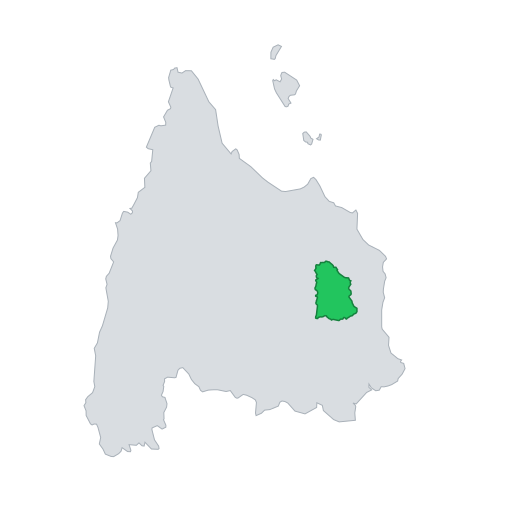 where Jaén sits in Spain, rotated 275°
{"feature_id": "ESP-5826", "entity_name": "Jaén", "entity_type": "Autonomous Community", "adm_level": 1, "iso_a3": "ESP", "parent_name": "Spain", "parent_adm1": "", "projection": "mercator", "projection_center": [-3.264, 37.956], "detail": "fine", "context": "in_parent", "style": "filled", "palette": "green", "viewbox_px": 512, "rotation_deg": 275, "n_neighbors": 0, "source": "natural_earth", "source_scale": "10m", "svg_char_len": 6246}
<svg xmlns="http://www.w3.org/2000/svg" viewBox="0 0 512 512"><g transform="rotate(275 256 256)"><path d="M276.9,113.1L276.9,114.6L279.4,117.5L287.0,119.2L288.9,120.3L288.5,124.3L286.7,127.6L288.3,129.1L290.1,129.0L292.4,126.3L292.8,128.1L296.3,129.7L303.8,132.8L309.2,133.2L314.7,139.3L323.7,138.1L331.8,143.9L339.4,142.6L341.1,143.8L352.9,143.9L353.5,139.2L354.9,137.3L375.4,143.9L377.8,147.9L377.4,149.9L378.5,154.6L381.2,154.5L386.5,151.8L393.5,155.1L395.3,158.0L396.8,158.2L402.0,155.3L416.2,158.8L416.7,156.5L417.7,155.9L423.7,153.9L426.1,153.4L433.7,154.9L434.6,157.6L436.1,158.6L436.7,160.9L432.3,162.3L431.8,166.3L434.5,169.7L434.9,175.5L427.2,182.9L405.5,195.6L398.3,203.0L382.2,206.9L365.4,212.4L355.5,222.3L358.0,223.1L361.0,226.5L360.0,228.0L355.7,230.3L351.8,230.9L344.5,243.1L334.4,255.6L330.7,261.3L322.8,275.8L322.8,279.9L326.7,294.3L328.9,298.0L332.0,301.2L337.9,303.9L339.4,306.5L337.4,309.0L331.4,313.5L321.1,319.5L316.8,324.2L315.8,328.8L312.8,330.8L311.7,337.2L307.6,346.0L307.3,348.3L310.5,351.5L307.3,353.5L291.5,354.2L281.7,361.1L276.8,367.2L272.3,378.5L266.9,385.1L264.5,386.3L260.8,383.4L256.2,383.0L251.8,383.9L249.4,386.2L245.7,387.5L242.2,386.4L234.4,385.8L231.0,385.9L225.6,387.8L221.0,386.5L213.2,385.9L196.3,387.4L194.1,388.1L186.6,395.6L178.5,395.8L171.1,398.9L166.1,406.2L165.1,410.1L163.7,409.2L162.5,409.5L161.9,412.5L156.8,414.3L151.1,411.9L146.3,408.3L143.8,408.0L139.7,402.4L138.0,398.8L136.8,394.9L136.7,392.1L133.1,390.5L132.2,387.0L134.8,382.3L138.3,379.7L135.0,379.9L132.7,382.9L129.7,378.1L117.4,368.7L118.0,365.4L116.0,367.9L114.6,368.5L108.3,368.1L101.0,369.3L98.0,353.3L99.8,347.6L107.9,336.6L113.0,335.1L115.1,329.4L110.4,329.6L103.0,318.6L104.9,308.3L112.3,300.5L113.6,297.4L113.8,294.5L112.4,292.5L108.4,291.3L104.2,283.1L103.2,278.0L99.8,275.1L97.0,270.0L99.5,269.2L110.1,269.2L112.6,267.9L114.5,264.4L116.5,258.8L117.0,255.3L112.9,250.4L112.7,249.3L113.3,247.7L119.7,242.1L118.4,238.0L119.4,229.3L118.9,224.2L118.2,220.0L116.0,214.6L117.4,212.4L120.8,210.5L123.5,206.1L127.4,202.4L132.5,199.4L138.4,192.8L137.5,189.9L135.4,188.2L128.1,186.9L127.6,185.6L127.6,178.5L125.7,175.6L123.0,175.9L119.0,174.7L118.0,175.5L112.8,175.2L109.1,173.9L107.6,175.0L107.2,177.6L101.1,180.2L97.7,180.1L92.0,177.8L85.7,178.6L84.9,178.1L79.5,181.0L77.6,181.1L75.4,177.5L78.4,172.4L75.7,167.5L74.1,167.4L64.0,170.9L58.1,175.6L55.7,176.2L54.9,175.4L54.6,168.7L60.8,161.6L56.9,161.1L57.0,159.0L59.6,155.7L57.0,153.3L57.0,146.0L51.5,148.3L50.1,148.0L50.0,145.1L53.4,139.3L49.8,138.6L47.1,136.4L43.7,131.6L43.7,129.1L45.5,123.2L50.3,120.4L55.1,116.3L61.6,117.1L71.3,113.6L74.6,111.8L74.5,109.3L73.4,107.4L74.4,105.7L82.3,100.7L87.0,100.2L91.9,97.7L95.1,99.3L98.0,98.8L101.2,100.7L105.6,105.1L111.8,106.8L116.9,105.4L142.6,105.0L149.9,102.9L155.6,105.6L166.5,106.8L173.1,109.1L191.4,112.8L198.0,112.8L211.2,109.2L214.8,110.1L220.1,108.3L222.7,108.7L226.0,111.2L237.7,114.7L240.7,111.7L243.0,111.1L251.4,112.9L259.9,116.6L264.3,116.8L270.7,115.8L276.9,113.1ZM431.6,264.8L434.6,266.1L437.8,264.9L439.5,265.3L441.1,265.9L441.6,268.5L434.8,281.2L429.4,284.6L424.0,281.9L420.8,281.2L419.9,280.2L419.1,276.2L417.7,274.9L415.6,274.3L411.4,277.5L410.1,275.3L408.1,274.9L407.3,273.6L407.4,272.0L420.3,262.1L424.1,259.9L432.1,257.4L433.3,257.8L432.2,259.3L433.3,260.7L431.6,264.8ZM468.3,259.6L467.0,263.1L457.4,258.4L454.3,257.9L453.5,257.2L453.8,253.6L460.3,253.1L465.5,254.9L468.3,259.6ZM378.4,300.1L377.2,302.6L372.5,301.7L371.4,300.7L372.4,297.9L373.8,297.5L373.9,295.5L375.3,293.5L382.1,291.9L383.6,293.3L384.0,295.2L379.9,299.5L378.4,300.1ZM383.0,310.0L382.3,310.5L377.1,310.0L377.0,308.4L378.1,306.1L380.0,308.4L383.0,308.8L383.0,310.0Z" fill="#d9dde1" stroke="#a8b0b8" stroke-width="1"/><path d="M253.3,333.6L251.5,334.4L251.7,336.6L249.4,338.4L248.9,338.0L248.7,337.9L245.8,340.3L242.5,345.8L242.2,346.8L242.2,350.1L239.8,351.4L239.6,352.6L238.1,352.2L237.5,352.2L236.9,352.4L236.2,352.9L233.2,351.3L232.1,351.1L231.2,351.4L230.5,352.1L229.8,353.2L229.2,353.6L226.6,354.1L225.8,353.9L224.4,352.4L223.7,352.1L223.2,352.2L219.4,355.5L217.7,355.9L214.3,358.0L212.7,361.1L209.3,361.4L207.7,360.5L206.6,358.4L205.0,357.2L204.8,356.7L204.3,355.2L202.9,353.6L202.0,352.2L201.3,351.9L201.1,351.7L201.2,351.1L202.2,350.0L202.4,349.6L202.4,348.9L201.9,348.5L200.9,348.1L200.6,347.4L200.5,345.8L200.1,345.3L199.3,344.8L199.0,344.4L198.9,344.0L199.6,338.3L198.8,336.7L199.5,336.1L199.6,335.8L199.8,334.8L199.9,334.4L201.7,331.8L202.5,331.4L202.5,329.6L201.5,328.3L201.2,327.5L201.0,326.6L201.0,325.3L200.2,323.4L199.1,322.9L199.1,321.4L199.2,321.1L199.5,320.8L200.4,320.8L201.0,320.8L202.2,321.3L211.1,321.6L212.1,321.5L212.8,321.2L213.1,320.6L213.3,320.3L213.8,320.0L214.2,319.8L214.7,319.8L215.1,319.8L215.3,320.0L215.9,320.2L216.1,320.1L216.4,320.0L216.6,320.0L217.4,320.4L218.0,320.4L219.7,320.8L220.1,320.8L220.4,320.7L220.6,320.6L220.8,320.3L220.9,319.5L221.0,319.2L221.3,318.9L221.7,318.9L222.0,318.9L222.2,319.1L222.3,319.4L222.4,319.7L222.5,320.0L222.8,320.4L223.9,320.6L224.4,320.7L224.8,320.7L225.1,320.6L226.0,320.3L226.7,319.8L227.1,319.3L227.3,319.1L227.3,318.8L227.4,318.5L227.5,318.2L228.3,317.7L229.0,317.6L229.5,317.6L229.8,317.7L230.4,318.0L231.0,318.2L231.6,318.3L233.7,318.5L234.8,318.8L235.2,318.7L235.5,318.6L236.0,318.1L236.9,317.6L237.2,317.6L237.4,317.7L237.6,318.0L238.4,319.0L238.8,319.5L239.1,319.7L239.2,319.3L239.3,318.8L239.5,318.6L240.1,318.1L240.6,317.9L241.0,317.9L241.5,317.8L241.8,317.9L242.1,318.0L242.4,318.2L242.7,318.4L242.9,318.5L243.0,318.4L243.3,318.2L243.5,318.0L243.8,317.7L244.8,317.1L245.0,317.0L245.1,316.9L245.6,316.6L246.3,316.1L246.4,315.9L246.7,315.6L247.9,316.3L249.3,316.9L249.9,316.6L250.3,316.5L250.8,316.5L251.7,316.5L252.2,316.7L252.4,316.8L252.5,316.9L252.5,317.1L252.4,317.5L252.5,318.1L252.6,318.4L252.5,319.0L252.4,319.5L252.5,319.8L252.6,320.0L253.0,320.3L255.1,320.9L255.2,321.2L255.1,321.7L255.1,322.0L255.2,322.3L255.3,322.6L255.4,323.2L255.4,323.8L255.4,324.2L255.5,324.6L255.7,325.0L256.6,325.6L256.9,326.0L256.9,326.3L256.9,326.5L256.9,326.8L256.9,327.1L256.8,327.3L256.7,327.6L256.5,327.9L256.4,328.0L256.5,328.7L256.5,329.0L256.5,329.3L254.6,331.9L254.3,332.4L254.1,332.7L253.6,333.1L253.3,333.6Z" fill="#22c55e" stroke="#15803d" stroke-width="1.5"/></g></svg>